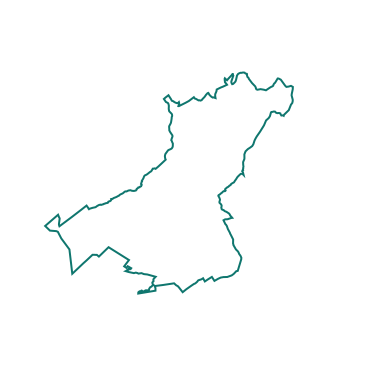 Craiva, Arad, Romania (Robinson projection), rotated 321°
{"feature_id": "2599482B65879006777700", "entity_name": "Craiva", "entity_type": "district", "adm_level": 2, "iso_a3": "ROU", "parent_name": "Romania", "parent_adm1": "Arad", "projection": "robinson", "projection_center": [21.986, 46.592], "detail": "fine", "context": "isolated", "style": "outline", "palette": "teal", "viewbox_px": 384, "rotation_deg": 321, "n_neighbors": 0, "source": "geoboundaries", "source_scale": "gbopen_adm2", "svg_char_len": 6039}
<svg xmlns="http://www.w3.org/2000/svg" viewBox="0 0 384 384"><g transform="rotate(321 192 192)"><path d="M121.7,264.0L126.5,264.0L132.5,264.4L135.8,264.7L136.2,264.9L137.2,265.1L139.7,265.0L140.9,264.6L141.9,264.8L144.4,265.8L146.3,266.0L145.7,269.6L149.1,269.9L154.0,270.5L153.5,275.2L157.8,275.9L160.5,276.6L163.2,278.1L165.8,280.2L170.4,281.8L172.9,281.9L176.6,281.4L177.9,282.1L187.9,275.3L189.0,274.1L189.6,271.8L189.6,270.2L190.2,268.0L190.3,267.0L190.0,264.3L190.8,259.3L191.2,258.8L191.4,258.0L194.1,254.8L195.3,249.3L195.4,248.5L195.8,247.5L196.6,243.3L197.7,240.3L197.7,239.8L197.8,239.3L197.9,238.9L197.7,238.1L198.7,233.8L200.5,234.1L201.2,234.6L202.4,235.5L206.2,236.9L207.0,237.4L207.0,236.6L206.9,235.2L206.9,234.1L207.2,233.3L207.2,231.9L206.3,229.1L205.3,227.3L205.3,226.4L205.1,225.8L204.4,224.8L204.3,224.0L205.0,222.5L205.5,222.2L206.6,221.0L206.8,219.6L206.6,217.7L207.0,217.0L208.7,215.8L209.1,215.3L209.8,213.2L209.9,212.0L210.3,211.3L210.8,211.2L211.9,211.4L213.7,211.3L215.2,211.4L216.0,211.2L217.2,211.3L217.7,211.8L218.2,212.1L218.7,212.1L219.0,212.0L219.0,211.8L219.2,211.0L220.0,210.5L221.2,210.6L222.2,210.5L223.5,210.8L225.4,210.6L226.1,210.9L226.9,210.7L227.5,210.4L229.1,210.6L230.2,210.8L230.7,210.9L232.7,210.2L234.0,209.9L236.6,209.0L238.1,208.8L240.5,208.6L241.3,208.6L242.4,209.4L242.7,210.1L242.8,211.2L244.0,208.7L244.1,207.5L244.4,207.4L244.6,207.2L244.9,207.3L245.4,207.2L245.4,206.8L245.7,206.5L246.5,206.1L246.8,205.6L248.0,204.6L248.9,203.1L249.6,202.2L250.0,201.6L250.6,200.9L253.5,199.3L254.6,198.0L256.4,195.7L259.2,194.1L262.3,193.8L265.3,194.1L267.7,194.2L269.7,193.5L273.1,191.3L275.1,190.4L277.2,189.6L283.0,187.9L289.9,185.5L294.6,183.0L298.2,182.8L300.3,182.1L303.4,179.9L304.1,179.8L304.8,180.3L306.2,180.9L307.1,181.8L307.2,183.3L307.9,184.4L309.4,185.4L310.1,186.5L309.8,187.2L309.6,188.8L310.2,189.2L310.9,189.7L311.2,190.5L312.1,189.9L318.7,189.3L323.9,186.4L326.0,185.9L327.5,184.7L328.4,183.6L330.2,179.6L331.2,178.6L335.0,175.5L336.5,173.8L335.7,171.8L333.5,170.9L331.5,169.7L331.3,168.1L331.7,160.6L330.7,158.3L330.0,157.7L325.3,159.4L324.2,159.4L323.0,159.8L322.0,160.5L320.9,160.5L320.1,160.2L318.1,159.9L313.5,159.5L312.2,157.7L310.0,155.2L307.2,153.7L306.7,152.8L306.8,151.8L307.2,151.2L307.6,149.7L307.2,145.1L307.4,139.8L307.7,139.0L307.7,138.3L307.5,137.6L307.7,137.0L308.3,135.6L308.8,135.2L309.0,134.7L308.2,133.7L308.0,133.0L308.0,132.4L307.5,131.8L306.8,131.2L305.4,130.5L304.6,129.8L303.2,129.4L301.9,129.3L301.3,129.5L300.3,129.8L296.9,132.5L295.3,133.5L294.1,133.7L292.1,133.9L291.1,133.5L291.4,131.9L291.8,131.3L292.2,130.8L297.3,127.6L297.3,127.0L298.0,126.2L297.7,125.8L296.1,126.2L291.6,126.8L289.5,127.2L289.1,124.3L288.7,124.5L287.8,125.7L286.7,127.5L286.7,128.4L286.8,129.0L286.7,130.7L282.3,129.6L280.1,128.9L275.7,127.9L274.4,129.1L271.6,130.6L270.4,132.0L269.4,133.8L268.9,133.0L268.4,132.1L267.5,131.6L267.0,130.1L266.8,128.6L266.7,127.2L267.0,125.9L267.0,125.2L266.2,125.0L264.1,125.3L261.7,126.0L258.5,126.4L257.3,126.7L256.1,126.3L255.6,125.5L254.7,124.9L253.7,122.2L253.0,121.1L253.1,119.5L246.8,119.3L243.0,118.6L235.8,117.0L235.5,116.7L236.2,116.2L237.4,115.6L237.6,115.4L237.7,114.6L238.2,114.4L238.4,113.9L237.6,114.0L236.4,113.7L235.7,112.7L235.0,111.3L234.8,110.8L234.7,109.9L233.8,108.5L233.8,108.1L234.1,106.7L234.6,102.0L230.7,101.9L228.7,102.0L228.4,105.6L229.3,107.7L229.1,108.8L228.3,110.4L226.2,112.8L225.6,113.9L225.2,114.6L225.1,115.3L225.2,116.2L225.4,118.3L225.3,119.0L224.9,119.8L224.5,120.3L224.1,120.7L223.4,121.0L222.4,122.1L220.2,124.1L219.1,125.0L218.3,125.4L215.7,126.5L215.2,127.0L213.9,128.9L213.2,129.7L212.8,131.2L212.4,135.6L212.0,136.3L211.6,136.7L209.9,137.7L208.9,138.4L208.5,138.7L208.5,139.0L208.3,139.9L208.0,140.7L207.6,142.3L205.9,144.3L205.1,144.9L204.4,145.2L203.4,145.4L202.3,145.2L200.2,144.6L199.4,144.6L195.3,145.7L194.1,146.5L193.4,147.2L192.3,149.0L191.9,150.3L182.0,151.0L178.3,151.1L177.9,150.2L177.2,149.8L176.8,149.7L176.2,149.2L173.8,150.1L173.1,150.2L171.7,150.0L168.9,150.0L167.4,149.9L166.2,149.5L165.2,149.5L164.1,150.0L162.8,150.8L160.0,151.8L159.8,152.4L158.9,152.6L158.2,153.3L157.4,153.7L157.4,154.8L156.4,155.3L156.1,155.5L154.5,155.1L154.2,155.3L153.8,155.1L153.3,155.0L153.1,154.7L152.3,154.9L152.0,154.8L150.8,154.9L150.5,155.3L149.6,155.4L149.4,155.5L148.8,155.2L148.3,155.1L147.0,154.2L145.9,153.0L145.4,152.0L144.5,151.4L143.4,150.8L141.9,150.5L141.2,150.2L141.0,149.9L140.5,149.6L139.9,149.4L137.7,149.5L136.9,149.4L136.0,149.1L134.0,148.7L133.1,148.9L131.9,148.6L130.1,148.3L127.0,147.3L126.1,147.4L125.7,147.3L125.0,146.7L124.7,146.6L124.5,147.2L124.0,147.4L123.4,147.6L122.4,147.5L122.2,147.4L122.0,147.2L120.9,146.9L120.3,147.1L120.2,147.3L119.7,147.4L117.4,146.2L116.8,146.2L115.9,145.7L115.3,145.6L114.9,145.6L114.5,145.3L113.2,144.8L113.0,144.3L111.7,143.6L110.7,143.4L109.6,143.2L107.5,143.1L104.7,141.7L101.7,140.5L101.1,140.5L101.1,140.0L101.3,139.2L101.5,136.2L94.6,136.1L82.8,135.8L67.4,135.2L67.6,134.6L68.1,133.6L68.6,133.0L72.4,129.4L72.6,129.1L72.8,127.9L73.6,125.4L56.5,126.0L57.3,132.6L61.9,137.0L62.7,138.5L61.2,145.8L60.6,159.5L47.5,180.2L62.9,179.0L67.0,178.8L75.2,178.2L78.5,181.0L79.0,183.6L92.4,182.4L100.2,205.2L92.5,207.1L93.3,209.7L95.3,209.2L96.8,213.0L96.2,213.2L95.1,213.0L94.8,211.9L93.3,211.8L93.2,211.9L92.3,211.9L92.4,212.2L90.7,211.8L92.4,214.3L95.8,218.5L97.6,219.3L98.6,220.7L99.0,221.7L101.7,223.3L103.0,225.6L105.4,228.0L110.4,235.0L107.5,235.4L106.9,235.7L106.2,236.6L106.1,237.0L105.5,237.2L104.4,237.3L104.0,237.6L103.5,238.9L103.6,239.8L102.5,239.8L100.8,240.0L99.7,239.7L97.9,240.2L97.4,240.7L96.7,241.2L96.3,241.1L95.2,240.1L94.9,239.9L94.6,239.6L94.2,239.6L93.5,239.8L93.2,239.8L93.3,239.5L93.4,239.1L92.6,239.0L91.7,238.7L90.9,238.2L90.8,237.9L91.0,237.5L91.0,237.2L90.7,236.8L89.6,236.8L89.3,236.7L89.0,236.3L88.7,236.2L87.5,236.1L86.9,236.4L86.3,237.1L101.5,245.7L103.2,243.6L103.8,241.6L110.9,246.0L120.6,251.7L121.0,254.5L121.3,255.3L121.7,256.1L121.8,257.9L121.7,264.0Z" fill="none" stroke="#0f766e" stroke-width="2"/></g></svg>